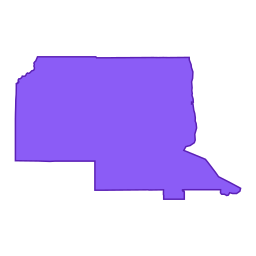 outline of Rio Arriba, New Mexico, United States of America
{"feature_id": "52423323B40891778777476", "entity_name": "Rio Arriba", "entity_type": "district", "adm_level": 2, "iso_a3": "USA", "parent_name": "United States of America", "parent_adm1": "New Mexico", "projection": "natural_earth1", "projection_center": [-106.665, 36.465], "detail": "fine", "context": "isolated", "style": "filled", "palette": "violet", "viewbox_px": 256, "rotation_deg": 0, "n_neighbors": 0, "source": "geoboundaries", "source_scale": "gbopen_adm2", "svg_char_len": 1614}
<svg xmlns="http://www.w3.org/2000/svg" viewBox="0 0 256 256"><path d="M37.5,56.8L37.4,57.1L36.5,59.2L35.7,61.0L34.7,61.9L33.9,63.1L34.3,64.4L33.9,66.1L34.4,67.6L34.3,69.2L33.7,70.1L33.0,70.5L31.8,70.8L30.7,71.9L29.4,73.2L28.1,73.3L27.5,73.0L26.5,73.8L25.8,75.3L25.1,76.1L23.2,76.3L22.3,76.1L22.0,76.9L21.6,77.7L20.0,78.8L18.9,78.8L18.3,79.7L18.2,80.9L18.7,81.4L18.6,82.1L18.1,82.0L17.5,82.7L17.8,83.2L17.2,83.6L16.9,83.4L16.3,83.6L16.3,84.2L16.3,87.4L16.2,94.2L15.8,100.0L15.7,106.5L15.5,113.0L15.4,119.0L15.4,126.1L15.4,133.9L15.4,134.0L15.4,149.0L15.4,160.7L38.4,161.0L49.8,161.4L55.2,161.1L76.8,161.1L94.9,161.1L94.9,190.2L97.2,190.2L103.2,190.2L113.3,190.1L148.1,189.8L149.0,190.0L163.5,189.8L163.4,194.5L163.7,195.4L163.7,199.2L184.3,199.2L184.3,191.9L184.1,191.4L183.1,191.4L182.8,190.7L183.1,190.5L182.4,190.1L182.5,189.8L184.6,189.7L191.4,189.7L193.9,189.7L220.6,189.7L220.5,192.8L221.6,194.2L224.6,194.3L226.7,195.5L228.3,195.1L229.7,192.7L232.6,193.5L236.6,193.5L239.9,191.2L240.6,188.3L231.7,183.5L218.5,176.7L215.7,172.7L207.5,161.9L205.4,159.3L183.8,150.4L185.9,146.6L190.2,145.5L194.3,142.7L195.2,140.1L194.8,134.2L196.6,128.0L196.1,123.4L195.2,121.1L195.3,117.7L194.7,113.3L193.8,110.3L192.9,103.6L191.6,104.0L191.6,102.1L193.3,102.1L193.1,99.0L191.9,94.9L192.3,93.9L191.8,90.5L192.1,87.8L191.6,81.8L192.6,78.4L192.9,71.9L191.4,67.4L191.1,64.7L189.3,59.9L189.2,57.4L168.2,57.6L163.3,57.5L163.2,57.5L158.4,57.6L153.1,57.5L138.8,57.6L136.2,57.6L123.7,57.7L122.5,57.7L119.0,57.7L117.4,57.7L109.4,57.8L96.6,57.8L95.8,56.8L84.2,56.8L37.5,56.8Z" fill="#8b5cf6" stroke="#5b21b6" stroke-width="1.5"/></svg>